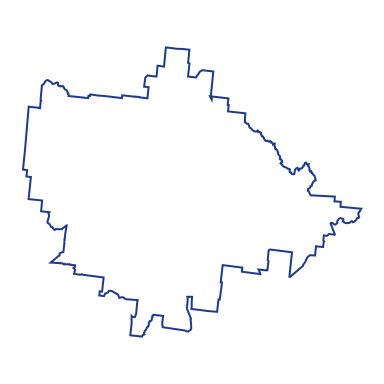 Blackall Tambo, Queensland, Australia
{"feature_id": "25037944B98295779161883", "entity_name": "Blackall Tambo", "entity_type": "district", "adm_level": 2, "iso_a3": "AUS", "parent_name": "Australia", "parent_adm1": "Queensland", "projection": "robinson", "projection_center": [145.993, -24.783], "detail": "fine", "context": "isolated", "style": "outline", "palette": "blue", "viewbox_px": 384, "rotation_deg": 0, "n_neighbors": 0, "source": "geoboundaries", "source_scale": "gbopen_adm2", "svg_char_len": 5907}
<svg xmlns="http://www.w3.org/2000/svg" viewBox="0 0 384 384"><path d="M46.6,80.2L45.2,81.5L44.1,83.7L41.8,85.4L41.8,86.9L40.6,99.6L41.2,100.8L40.7,101.1L40.0,108.2L38.9,108.1L38.9,107.8L28.7,106.7L25.1,148.9L23.0,169.6L27.1,170.1L26.4,176.5L30.9,177.0L28.6,199.1L42.1,200.5L41.1,211.3L49.4,212.2L48.4,213.3L49.1,214.9L49.0,216.3L47.4,221.9L47.6,222.8L49.6,224.2L51.2,227.1L52.5,227.2L53.0,227.8L53.1,228.6L54.3,229.9L55.0,229.8L56.0,229.0L59.8,229.3L62.1,229.0L62.8,228.1L64.1,227.4L65.2,226.4L66.0,226.0L66.4,225.4L66.7,225.4L65.3,233.5L64.8,238.3L64.5,238.5L64.5,239.2L64.7,239.3L64.3,241.8L64.4,243.0L63.4,251.9L62.2,252.1L61.8,252.5L60.4,252.9L59.6,253.5L59.6,255.5L58.5,256.0L50.6,262.6L52.0,262.7L52.3,262.3L53.9,262.8L57.6,263.0L57.9,262.8L58.7,263.1L59.9,263.2L60.2,262.9L60.6,263.3L62.7,263.4L63.9,264.4L64.6,264.3L64.9,263.9L65.2,264.2L67.2,264.4L67.6,264.2L69.0,264.6L69.3,264.2L69.9,264.7L71.4,264.7L71.5,264.9L75.1,265.3L75.1,266.5L74.8,267.1L73.4,268.0L75.0,269.5L75.0,270.8L74.4,272.0L74.5,272.6L74.0,273.8L79.8,274.7L81.0,274.6L81.7,274.2L83.0,274.8L103.6,277.5L102.1,291.6L99.7,291.3L99.3,295.5L104.1,296.1L105.2,293.5L107.8,292.6L109.0,290.7L112.6,291.3L113.3,292.0L117.9,294.4L119.3,297.9L121.6,297.2L123.7,297.5L124.5,298.6L125.3,298.7L126.1,299.2L137.6,300.1L137.5,301.2L137.3,301.4L136.1,314.1L134.8,317.1L132.3,316.9L131.6,316.1L131.6,323.7L130.3,335.3L142.0,336.6L142.9,334.9L144.2,334.5L143.9,334.2L143.9,333.2L144.1,332.7L144.6,332.1L144.7,330.9L146.3,329.3L147.2,327.1L148.4,326.5L148.3,325.7L148.8,325.1L148.7,324.4L148.9,322.4L149.8,321.7L149.7,321.3L149.9,321.0L150.9,320.9L151.5,320.4L152.1,318.0L152.5,317.6L152.2,316.4L152.4,315.9L153.4,315.2L153.5,314.8L163.1,315.9L162.5,321.2L162.2,321.9L162.4,322.2L162.1,324.5L162.6,325.7L162.7,327.2L184.9,330.5L186.2,331.2L188.1,331.5L190.5,330.0L191.2,328.6L191.1,324.0L190.5,319.2L191.0,318.8L186.8,308.3L187.4,303.6L187.7,298.6L187.3,296.8L192.1,296.8L191.7,301.9L191.7,306.1L191.4,308.9L207.6,311.0L217.1,311.8L218.5,299.4L219.7,299.6L221.6,286.0L221.7,284.4L222.0,282.5L220.7,282.3L222.7,265.1L242.3,267.6L241.9,271.7L260.3,274.1L259.1,270.5L258.5,269.5L266.2,270.4L266.5,270.0L267.4,270.2L268.5,261.1L267.7,259.9L268.7,250.2L270.1,249.5L292.0,252.3L289.3,277.5L289.6,277.0L290.1,276.9L296.9,271.1L303.0,265.8L303.0,265.1L303.7,264.0L304.6,263.0L306.0,260.4L305.9,260.1L306.2,259.9L307.5,257.1L310.0,255.2L315.1,255.5L316.0,246.3L323.1,247.0L323.7,241.7L323.6,241.3L324.0,241.2L323.3,240.2L323.9,235.4L327.0,235.8L329.1,234.0L334.4,234.7L334.9,234.5L330.6,223.7L330.8,223.6L331.2,222.8L331.9,222.7L332.6,223.0L334.1,224.4L335.4,224.6L337.2,223.2L337.4,222.8L337.1,221.7L337.3,221.0L337.9,220.3L338.3,219.4L339.8,218.2L340.3,218.1L342.9,218.8L343.4,219.1L343.4,220.2L342.9,221.5L343.6,221.6L344.4,222.6L346.2,223.2L349.4,222.9L351.3,221.3L352.0,221.3L352.8,222.3L353.4,222.2L355.6,220.6L356.6,219.4L356.8,218.5L357.7,217.9L358.1,218.0L358.6,217.9L359.2,216.8L358.5,215.4L358.4,213.1L358.8,212.2L359.3,212.2L360.7,209.7L360.8,208.9L361.0,208.7L340.5,206.8L340.8,201.8L334.5,201.4L334.8,196.6L310.7,195.3L309.3,192.7L308.9,191.3L308.2,191.1L307.8,190.5L308.0,188.9L309.5,188.3L310.1,187.5L310.4,186.3L311.5,186.1L312.0,185.1L312.0,184.4L312.3,183.6L312.8,183.1L313.0,182.1L314.0,181.3L314.5,180.6L315.3,180.6L315.7,180.3L315.4,178.4L315.0,177.8L314.6,175.9L313.2,174.6L312.8,173.8L311.9,173.4L312.0,172.6L311.6,172.4L311.4,171.7L311.0,172.0L310.4,171.9L310.2,171.6L310.4,171.2L309.9,171.2L309.6,170.7L309.4,170.2L309.6,169.0L309.3,168.2L309.2,167.3L309.0,166.9L308.3,166.4L308.3,165.9L308.5,165.8L308.3,165.1L308.6,164.2L308.2,164.3L308.2,164.8L307.6,164.9L307.2,164.4L306.3,163.7L306.4,163.0L306.0,162.6L305.3,162.8L304.8,163.2L304.8,163.8L304.2,165.2L303.6,165.4L303.7,166.0L303.0,166.5L302.9,167.0L301.9,168.3L299.9,168.6L299.3,170.2L298.6,170.5L297.5,167.8L295.9,168.6L294.9,170.1L294.5,173.2L294.2,174.1L293.4,174.3L292.1,174.1L291.3,173.3L291.2,172.5L289.9,172.2L289.5,171.1L289.9,169.7L289.7,169.1L289.5,168.9L288.2,168.9L287.5,168.6L286.4,167.5L284.6,167.1L283.4,166.4L282.5,165.6L282.6,165.0L282.4,164.7L281.5,164.3L280.5,163.4L280.9,162.7L281.3,162.5L281.7,161.9L282.2,161.9L282.1,160.7L281.2,159.8L281.1,159.5L280.7,159.4L280.6,159.1L280.1,159.1L280.3,158.4L279.8,157.7L279.8,157.3L280.1,157.0L279.8,155.9L278.7,154.9L277.8,153.3L277.9,152.7L278.1,152.5L277.0,149.9L276.4,149.3L276.0,149.5L275.5,149.3L275.3,148.9L275.0,147.8L275.1,147.1L274.8,146.7L274.5,145.0L274.7,143.6L273.4,143.6L273.0,144.1L272.9,143.4L272.1,142.9L271.4,142.8L271.4,141.8L270.1,141.0L269.2,141.8L267.9,141.2L267.4,140.7L267.1,141.0L265.6,140.8L265.6,140.5L264.7,139.9L264.6,139.5L264.0,138.7L264.0,138.0L263.5,137.5L263.1,136.7L262.2,136.6L262.0,136.3L262.0,135.6L261.5,135.2L260.9,134.3L261.0,133.1L260.8,132.6L259.6,132.2L259.5,131.9L259.3,131.8L258.3,131.8L258.4,131.5L258.1,131.4L258.2,130.9L257.8,130.5L256.1,131.6L255.1,131.5L253.9,131.1L252.3,129.9L250.7,128.1L249.7,127.7L248.3,123.9L247.8,123.7L246.6,123.7L246.2,123.3L245.8,122.6L244.8,122.1L244.7,121.6L245.1,119.8L244.8,119.4L245.4,113.3L228.0,111.4L228.7,105.0L227.7,104.9L228.4,98.4L212.0,96.5L211.7,99.6L210.0,96.3L210.8,96.4L213.3,71.5L202.4,70.2L199.7,71.8L198.6,73.3L198.3,74.5L197.5,75.0L196.0,77.5L188.0,76.5L189.5,63.4L188.1,62.9L189.4,49.7L181.6,48.9L177.9,48.9L165.9,47.4L164.0,66.6L157.6,65.7L156.5,76.5L152.5,76.2L147.4,75.4L145.3,77.7L144.1,86.7L148.6,87.1L147.4,98.3L139.3,97.3L139.3,97.0L135.4,96.6L135.4,96.8L122.2,95.3L121.9,98.1L105.5,96.1L97.7,95.5L90.3,94.4L90.1,95.9L88.5,95.8L88.2,98.1L68.6,96.0L68.7,95.6L68.4,93.8L67.9,93.8L67.8,92.4L67.3,91.7L67.0,90.7L66.0,89.8L65.0,89.4L64.6,89.0L64.2,88.5L64.0,87.4L62.9,86.2L62.7,86.5L60.5,86.0L60.0,86.4L58.1,85.5L58.2,84.4L57.9,84.0L58.0,82.8L57.4,82.5L56.1,82.7L55.1,83.4L53.4,83.9L52.7,83.9L52.2,83.6L51.6,82.5L50.9,82.0L49.7,81.2L49.2,81.2L48.1,80.2L46.6,80.2Z" fill="none" stroke="#1e3a8a" stroke-width="2"/></svg>